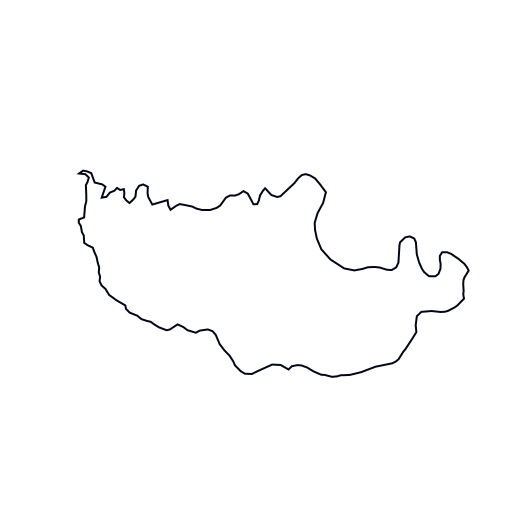 outline of Sertaneja, Paraná, Brazil, rotated 128°
{"feature_id": "56859067B46291903675", "entity_name": "Sertaneja", "entity_type": "district", "adm_level": 2, "iso_a3": "BRA", "parent_name": "Brazil", "parent_adm1": "Paraná", "projection": "mercator", "projection_center": [-50.886, -22.951], "detail": "fine", "context": "isolated", "style": "outline", "palette": "ink", "viewbox_px": 512, "rotation_deg": 128, "n_neighbors": 0, "source": "geoboundaries", "source_scale": "gbopen_adm2", "svg_char_len": 2574}
<svg xmlns="http://www.w3.org/2000/svg" viewBox="0 0 512 512"><g transform="rotate(128 256 256)"><path d="M325.4,160.5L320.8,159.9L316.5,156.2L314.3,152.9L312.4,147.1L311.5,139.5L309.4,131.5L307.4,128.6L304.4,121.7L300.9,118.0L297.8,115.8L295.5,113.0L291.9,108.8L282.9,101.7L269.7,93.7L256.7,82.6L252.9,80.8L249.7,80.1L240.8,81.0L237.7,80.9L225.2,81.9L217.2,82.8L212.3,87.5L204.4,92.2L198.2,91.3L191.2,83.7L186.5,76.1L183.7,72.9L181.2,71.0L174.4,67.9L170.7,66.8L166.5,66.4L161.6,65.8L158.7,69.0L155.8,70.8L150.6,75.4L147.2,77.7L144.3,78.6L136.6,79.4L135.0,82.9L133.9,86.8L133.6,94.5L134.2,103.5L135.4,107.7L138.4,111.6L142.7,111.2L145.9,108.7L148.5,105.7L152.5,102.8L157.7,101.2L161.5,102.1L165.4,107.2L165.2,113.4L163.9,117.4L160.5,123.7L155.8,130.2L146.7,138.5L144.8,142.1L145.9,146.9L149.5,149.9L156.6,150.9L159.3,149.5L173.5,139.7L178.6,138.5L183.5,140.4L186.3,144.5L189.0,151.6L191.7,155.9L196.1,161.0L200.6,164.1L206.8,169.6L211.5,178.9L212.9,195.2L210.5,208.6L204.8,218.8L199.0,225.6L193.7,230.2L184.2,233.9L172.8,235.8L162.7,240.2L160.0,250.1L158.5,257.3L159.3,263.2L160.8,267.1L163.9,269.7L168.6,270.6L174.9,270.6L193.8,273.5L196.5,275.7L198.5,281.5L197.0,290.5L200.3,290.7L205.9,290.1L210.5,287.9L214.4,287.0L216.8,289.9L213.4,297.4L211.9,300.9L212.6,305.8L217.8,307.5L221.2,309.7L224.4,313.8L228.5,315.6L238.4,315.3L242.4,316.7L247.9,320.4L252.9,326.7L255.3,332.0L256.3,336.7L259.9,344.0L262.0,348.0L265.6,349.8L272.2,351.8L270.3,356.1L266.4,360.1L279.3,369.4L275.9,377.2L273.3,380.1L268.0,383.9L269.1,389.0L272.6,391.3L278.2,390.8L283.5,387.5L287.1,387.5L292.1,388.3L292.1,392.3L291.0,396.2L287.3,398.6L284.7,401.3L287.6,403.7L287.9,407.4L291.8,407.8L296.0,410.2L301.5,410.3L305.0,413.5L294.1,417.3L294.2,421.2L297.4,428.3L295.6,431.3L292.1,436.8L293.4,441.4L295.2,444.8L299.9,446.2L296.6,440.8L297.1,436.0L301.8,434.2L304.9,433.7L311.7,427.9L317.2,423.5L322.4,421.2L326.4,418.5L331.5,415.2L336.3,418.1L338.9,416.1L340.1,412.6L344.4,407.8L345.9,404.3L351.4,399.5L351.2,395.6L349.9,389.7L352.2,386.2L354.9,381.1L358.8,376.5L361.6,372.5L365.6,369.9L368.3,366.1L372.1,363.8L374.3,359.6L374.6,354.4L377.1,347.8L376.8,338.7L375.4,328.5L377.7,326.0L378.4,320.7L376.1,312.7L376.3,307.4L374.2,301.7L372.7,298.6L372.5,293.4L371.9,288.4L369.5,280.7L366.9,278.6L358.2,275.7L356.7,269.4L356.7,264.4L353.5,256.2L349.3,254.3L343.5,248.7L342.0,243.9L342.9,239.2L347.8,230.4L349.8,222.8L350.8,215.5L353.0,209.2L355.1,205.3L356.2,197.1L355.6,192.3L351.5,186.6L346.3,184.1L340.3,181.0L331.6,176.4L326.7,169.5L325.4,160.5Z" fill="none" stroke="#020617" stroke-width="2"/></g></svg>